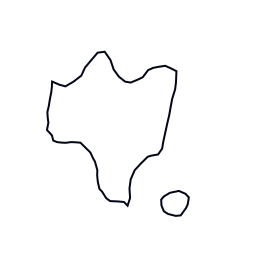 the district of Sadarak District, Şərur, Azerbaijan, rotated 118°
{"feature_id": "54616110B79964383852369", "entity_name": "Sadarak District", "entity_type": "district", "adm_level": 2, "iso_a3": "AZE", "parent_name": "Azerbaijan", "parent_adm1": "Şərur", "projection": "albers", "projection_center": [44.899, 39.696], "detail": "fine", "context": "isolated", "style": "outline", "palette": "ink", "viewbox_px": 256, "rotation_deg": 118, "n_neighbors": 0, "source": "geoboundaries", "source_scale": "gbopen_adm2", "svg_char_len": 1124}
<svg xmlns="http://www.w3.org/2000/svg" viewBox="0 0 256 256"><g transform="rotate(118 128 128)"><path d="M196.8,91.9L188.8,93.3L180.7,98.3L172.1,101.5L162.1,102.3L153.1,99.9L144.2,97.1L141.6,94.6L137.2,89.0L130.2,88.2L123.2,90.5L116.1,92.5L105.8,95.4L97.4,97.6L91.0,99.7L81.8,102.6L71.9,104.5L65.1,107.1L55.1,111.9L55.2,118.2L55.6,124.3L59.9,130.1L63.2,134.1L67.4,137.4L76.2,138.8L80.1,141.6L86.6,146.9L88.4,152.3L87.0,160.0L83.1,168.1L76.2,175.4L71.6,184.4L75.8,190.2L85.8,192.4L94.8,194.3L103.7,193.8L112.7,197.9L120.6,202.8L122.0,209.0L122.6,216.8L127.3,214.6L132.3,212.6L140.1,210.2L145.6,208.3L151.7,206.7L156.0,204.1L160.7,200.8L167.8,198.6L170.2,191.7L174.2,188.1L173.7,183.9L172.1,179.8L170.1,175.7L167.2,171.7L165.2,167.5L163.3,163.1L165.2,156.7L167.3,149.7L171.1,144.7L173.2,141.4L179.6,135.3L184.3,133.0L189.8,129.3L195.1,124.7L196.4,120.9L200.2,114.3L200.9,109.4L197.7,102.7L195.2,96.8L196.8,91.9ZM180.7,62.1L184.7,57.2L185.1,52.3L183.2,44.6L180.4,40.4L171.4,39.2L167.4,39.4L160.7,41.7L159.1,46.4L159.7,53.6L165.6,60.6L171.4,64.1L175.6,65.1L180.7,62.1Z" fill="none" stroke="#020617" stroke-width="2"/></g></svg>